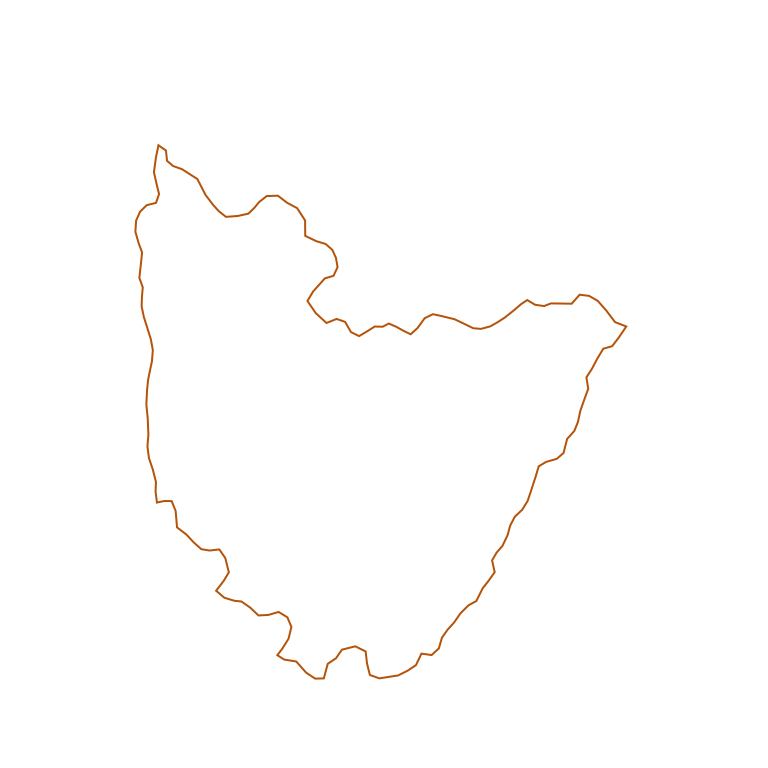 outline of Camacho, Minas Gerais, Brazil, rotated 166°
{"feature_id": "56859067B97694882575280", "entity_name": "Camacho", "entity_type": "district", "adm_level": 2, "iso_a3": "BRA", "parent_name": "Brazil", "parent_adm1": "Minas Gerais", "projection": "equal_earth", "projection_center": [-45.134, -20.652], "detail": "fine", "context": "isolated", "style": "outline", "palette": "amber", "viewbox_px": 768, "rotation_deg": 166, "n_neighbors": 0, "source": "geoboundaries", "source_scale": "gbopen_adm2", "svg_char_len": 2348}
<svg xmlns="http://www.w3.org/2000/svg" viewBox="0 0 768 768"><g transform="rotate(166 384 384)"><path d="M633.0,323.9L625.3,323.6L618.3,321.7L616.9,311.2L619.5,294.9L612.2,285.8L607.0,276.4L601.3,268.0L593.5,264.6L583.8,263.3L580.1,253.5L580.1,238.8L587.1,231.8L596.9,224.0L590.6,215.2L581.5,209.8L575.0,207.5L568.0,199.5L561.8,189.8L552.0,187.9L541.4,188.3L534.2,181.0L532.6,170.7L538.2,160.0L546.9,151.6L553.1,146.7L547.6,140.8L536.3,136.0L529.4,122.8L522.1,114.8L513.6,112.9L506.3,126.1L496.9,129.5L489.1,136.4L475.3,136.4L466.5,128.9L468.1,116.9L468.1,105.1L459.7,99.5L440.8,97.8L430.5,100.1L421.0,103.5L412.9,113.3L403.4,109.5L394.7,114.2L389.2,123.8L381.9,130.1L373.5,135.8L365.4,142.9L355.6,148.8L346.9,151.1L337.7,161.9L330.2,167.7L322.1,174.7L321.8,186.7L315.5,193.2L308.3,198.2L300.6,207.5L295.8,216.1L289.2,223.6L280.4,228.5L272.9,235.8L266.6,245.7L259.1,257.7L253.8,266.7L245.6,269.2L234.5,269.6L226.5,273.6L219.6,286.4L210.8,292.3L205.1,300.1L199.8,310.8L193.0,321.1L187.0,329.9L186.0,341.5L178.6,348.4L171.1,356.8L162.7,365.2L153.5,365.5L144.8,372.4L135.0,381.2L144.8,388.1L150.7,401.8L156.5,413.0L163.7,419.9L172.6,423.3L182.5,416.5L193.7,419.5L202.5,421.8L209.8,420.9L218.2,424.3L224.7,430.8L231.7,428.3L240.5,423.9L250.6,419.3L258.7,416.5L267.1,414.2L276.5,414.0L283.9,416.5L292.7,423.9L299.9,429.8L311.9,436.1L319.7,439.9L328.6,438.0L337.9,430.2L346.1,425.8L352.1,430.8L358.2,436.5L364.7,441.5L371.4,439.9L379.1,442.0L388.2,439.0L396.6,436.5L403.5,442.4L406.7,453.7L414.3,458.6L425.0,457.1L433.1,469.3L438.2,483.1L430.4,490.9L423.2,495.8L415.9,500.8L406.8,501.2L400.8,508.6L400.1,518.0L401.7,526.7L406.8,534.0L415.2,539.0L424.6,546.8L421.0,561.8L425.7,575.6L434.5,583.6L441.4,592.4L452.4,594.7L461.1,590.8L466.9,586.5L474.3,582.1L485.1,582.4L496.9,584.4L502.6,591.8L506.4,599.0L511.4,610.5L515.5,628.0L522.4,635.3L527.9,641.2L535.9,646.5L540.5,653.0L539.1,663.3L545.1,670.2L550.5,658.9L556.0,645.2L556.3,632.4L556.3,622.7L561.4,614.9L571.0,614.9L578.9,610.3L585.0,602.5L588.4,591.8L588.0,580.0L586.9,570.2L591.3,558.0L595.7,546.2L594.7,536.1L597.6,527.7L600.4,518.0L600.8,507.1L600.1,495.5L599.4,484.0L600.1,472.8L603.7,462.1L607.8,453.7L611.8,445.3L615.3,435.6L619.5,421.8L621.7,407.1L624.9,391.7L628.6,380.8L630.0,369.0L629.0,356.8L629.0,344.0L631.6,335.2L633.0,323.9Z" fill="none" stroke="#b45309" stroke-width="2"/></g></svg>